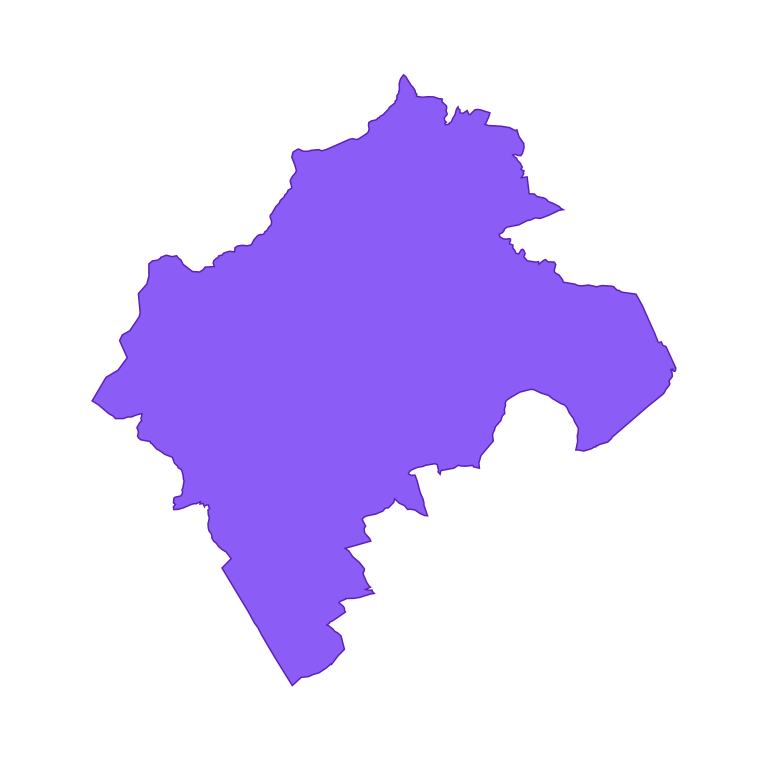 Telega, Prahova, Romania (Natural Earth projection), rotated 6°
{"feature_id": "2599482B944231633317", "entity_name": "Telega", "entity_type": "district", "adm_level": 2, "iso_a3": "ROU", "parent_name": "Romania", "parent_adm1": "Prahova", "projection": "natural_earth1", "projection_center": [25.817, 45.132], "detail": "fine", "context": "isolated", "style": "filled", "palette": "violet", "viewbox_px": 768, "rotation_deg": 6, "n_neighbors": 0, "source": "geoboundaries", "source_scale": "gbopen_adm2", "svg_char_len": 6147}
<svg xmlns="http://www.w3.org/2000/svg" viewBox="0 0 768 768"><g transform="rotate(6 384 384)"><path d="M324.3,693.5L332.4,684.3L339.3,683.0L343.9,680.3L349.6,678.0L356.1,672.6L360.5,668.0L361.1,668.4L366.8,659.0L372.4,652.0L367.6,639.1L364.0,636.4L360.8,635.1L358.7,632.9L354.6,630.4L352.4,629.7L354.4,627.8L355.1,626.4L357.7,624.9L369.5,614.8L368.6,613.8L368.0,611.1L366.8,609.4L362.1,606.3L363.0,604.9L368.3,602.0L368.4,601.4L376.6,600.3L381.8,598.9L392.2,594.4L396.1,593.3L394.0,591.3L393.6,590.2L390.6,590.7L387.2,590.2L391.8,587.5L389.9,586.1L387.3,582.7L383.4,575.6L382.8,573.4L383.6,572.9L384.0,570.8L383.6,569.6L378.0,563.9L370.9,559.0L366.5,553.7L362.5,551.5L387.3,541.6L385.8,539.1L380.6,534.5L379.5,531.2L379.5,529.1L380.6,527.3L376.5,521.1L377.1,519.8L378.1,518.5L380.6,517.0L389.4,514.2L396.1,510.5L398.2,507.4L401.3,506.7L406.1,500.7L406.5,497.0L411.7,501.0L416.9,502.7L420.7,506.3L423.6,505.7L428.0,506.1L433.5,509.1L438.5,510.6L441.1,510.5L436.5,500.6L435.9,497.1L434.5,493.7L431.4,488.3L427.0,476.7L424.4,471.4L420.7,472.0L417.7,470.9L418.3,468.8L420.1,466.7L426.1,463.4L431.4,461.9L433.6,460.6L442.7,458.0L445.3,458.4L447.3,464.2L446.9,465.7L449.2,467.9L449.6,464.6L450.1,464.0L462.3,460.4L466.5,457.0L468.4,457.5L473.8,457.2L480.9,455.7L481.7,457.0L487.7,457.8L486.6,452.8L487.9,445.0L498.7,429.2L497.3,423.6L497.5,421.2L498.6,418.7L499.2,415.0L504.0,408.2L505.0,403.4L507.2,400.7L506.3,396.8L507.1,392.3L506.6,390.5L506.8,389.1L507.8,387.3L510.6,384.8L519.9,377.9L530.4,374.0L533.3,373.9L541.6,376.7L548.7,378.1L553.1,380.9L561.8,384.9L566.2,386.2L568.3,388.2L571.2,393.2L576.0,398.5L577.3,401.2L581.9,407.6L582.1,412.4L581.6,415.1L582.6,420.9L581.7,429.6L584.4,429.3L589.7,429.8L597.2,426.6L599.4,424.9L601.3,424.3L601.5,423.1L602.8,423.1L604.6,421.6L612.6,418.4L615.9,414.5L616.3,413.2L649.1,378.3L662.3,365.2L663.8,363.1L664.7,360.4L668.0,355.0L668.2,353.7L667.3,351.9L667.4,350.5L669.6,347.2L670.0,345.9L669.2,342.7L667.6,339.7L669.6,339.0L669.7,340.4L671.3,341.1L672.3,340.6L672.5,339.6L672.5,337.6L660.5,317.3L657.3,316.5L655.3,313.1L653.0,314.2L652.0,313.3L648.2,305.8L632.3,278.4L625.2,268.3L610.9,267.8L608.3,266.5L605.8,266.2L602.1,263.1L600.4,262.9L590.4,263.3L585.4,265.1L577.1,264.2L570.1,265.8L566.2,265.7L563.2,264.7L551.7,264.0L550.7,261.7L546.7,257.3L543.2,255.9L541.8,254.6L541.5,253.0L542.3,247.2L541.0,245.3L540.0,244.9L534.5,245.4L531.5,243.4L529.8,244.4L525.5,248.7L524.9,246.2L522.7,246.9L513.7,246.5L509.7,242.9L510.8,239.7L508.9,236.2L507.8,235.5L506.5,236.2L504.4,240.4L501.9,240.3L501.0,239.5L500.2,237.5L497.8,235.1L497.7,232.3L494.3,231.5L494.1,230.7L494.9,227.5L494.5,226.6L493.3,226.3L489.8,227.3L486.6,226.9L483.8,225.4L482.9,223.1L486.0,221.0L487.3,219.2L487.5,217.4L490.0,215.1L501.5,211.6L509.3,206.5L512.5,205.6L517.2,202.9L521.4,203.1L523.0,202.6L530.7,198.7L539.9,193.0L544.0,191.9L541.5,190.8L539.9,189.3L531.9,186.2L528.5,185.5L526.1,183.3L523.8,182.3L516.7,181.6L513.5,179.3L508.5,179.7L504.7,163.1L499.1,164.4L501.0,160.2L500.2,158.8L501.1,157.5L497.6,156.2L498.9,154.0L496.2,149.9L493.4,147.7L492.3,145.6L489.6,144.2L488.1,142.6L491.2,141.9L492.9,142.7L496.2,142.6L497.5,140.3L498.6,134.3L497.8,130.2L492.4,123.9L489.6,117.3L488.3,118.3L482.1,115.9L473.5,115.4L461.0,116.0L458.1,115.4L457.3,115.0L458.1,113.9L460.3,107.2L461.0,103.2L450.9,101.2L448.1,101.2L445.8,101.8L441.4,107.1L440.3,107.1L438.1,103.3L434.7,106.2L433.5,106.6L431.3,106.3L430.9,103.4L429.4,102.5L428.6,100.7L427.4,103.0L426.4,109.0L424.8,112.1L423.6,116.1L421.4,118.1L421.2,119.0L417.9,119.7L417.4,118.4L418.6,117.0L417.7,116.7L416.6,115.2L416.2,113.0L418.6,109.4L418.4,108.2L417.2,106.0L417.5,102.8L417.1,101.0L412.1,97.1L412.1,94.5L408.9,94.5L403.4,93.3L398.2,93.6L392.2,94.8L386.2,94.5L386.3,92.3L384.9,91.3L384.3,89.1L382.0,86.0L379.6,84.0L373.3,75.8L371.1,74.5L368.5,79.0L367.7,84.0L368.6,89.8L368.1,91.1L368.2,93.1L366.7,95.9L367.0,99.8L365.5,101.5L365.6,103.3L360.6,108.1L359.6,110.4L354.7,116.6L352.3,118.1L350.9,120.0L349.8,120.3L349.5,121.3L348.4,122.2L344.1,123.6L341.6,125.4L341.5,128.5L342.6,131.5L342.0,134.9L340.8,136.6L333.2,142.9L330.9,143.8L327.3,143.3L324.2,144.2L301.5,157.2L297.4,158.6L294.6,157.7L287.2,159.2L284.5,160.4L279.5,161.0L275.1,159.4L273.8,159.4L269.8,162.4L269.2,163.3L268.6,168.2L272.0,174.6L274.6,180.9L273.9,183.3L271.4,186.8L269.6,190.8L269.6,192.4L271.7,197.8L271.4,199.1L268.4,201.3L267.3,204.7L265.9,205.9L264.9,208.8L261.8,212.1L260.8,215.2L257.9,218.9L254.8,225.9L253.4,227.8L253.3,229.9L255.2,233.9L255.3,237.3L252.8,240.6L251.4,243.7L249.6,245.1L248.9,247.2L247.8,248.0L244.5,248.5L242.2,250.4L239.5,254.4L237.5,259.4L233.9,260.8L228.4,260.9L223.9,262.1L221.6,264.0L221.6,268.2L216.6,268.1L211.1,270.4L209.4,272.7L206.1,273.9L205.8,275.7L204.3,276.4L202.0,279.0L201.4,281.4L203.0,284.9L193.8,286.5L192.4,289.0L188.9,291.9L181.8,292.2L171.7,286.0L169.1,281.9L166.4,280.3L164.3,278.1L160.1,279.5L153.9,278.7L148.6,281.5L148.4,282.4L145.9,284.5L140.8,285.8L137.6,289.1L138.9,301.2L137.7,309.4L130.3,319.8L134.1,338.9L133.4,343.0L125.6,357.6L118.6,362.6L116.5,368.5L125.9,384.7L118.1,398.0L106.9,406.4L95.5,431.3L102.1,434.5L113.5,442.3L117.8,444.1L120.6,446.5L128.6,445.6L132.2,443.7L136.4,443.1L141.4,440.5L146.3,438.8L146.4,441.4L145.8,443.4L146.9,446.1L146.0,446.6L145.0,448.3L142.9,452.9L143.0,453.8L144.3,455.6L144.8,458.1L144.3,461.4L145.6,463.5L148.0,464.9L157.5,465.7L158.1,467.1L159.4,467.6L164.7,472.4L169.0,474.3L173.1,476.8L181.2,479.0L183.9,484.6L187.2,487.2L188.2,488.9L191.1,490.2L192.1,491.6L193.8,496.0L194.5,499.7L195.3,500.9L194.9,508.0L194.2,510.4L195.0,513.0L194.6,514.9L193.5,516.6L187.9,518.5L187.0,519.5L187.0,524.2L189.1,525.4L187.4,528.2L188.1,530.9L192.4,530.2L197.1,528.3L204.8,524.0L207.2,523.0L209.8,522.7L213.6,520.3L213.5,522.6L216.6,521.8L218.2,524.7L218.4,524.0L220.8,522.7L222.2,522.8L222.4,524.3L223.7,526.1L222.1,527.6L223.0,532.6L224.3,535.3L223.6,541.4L224.3,545.6L225.3,548.3L227.8,550.9L228.8,553.4L228.9,555.2L231.0,558.0L233.8,559.9L236.7,563.1L240.5,565.7L244.5,567.5L250.3,573.7L242.1,583.9L272.7,624.4L280.3,635.4L284.2,639.6L288.5,646.3L304.0,667.3L324.3,693.5Z" fill="#8b5cf6" stroke="#5b21b6" stroke-width="1.5"/></g></svg>